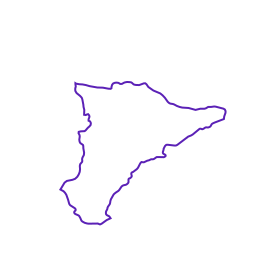 an SVG outline of Cerro Largo, rotated 327°
{"feature_id": "URY-12", "entity_name": "Cerro Largo", "entity_type": "Department", "adm_level": 1, "iso_a3": "URY", "parent_name": "Uruguay", "parent_adm1": "", "projection": "albers", "projection_center": [-54.394, -32.345], "detail": "fine", "context": "isolated", "style": "outline", "palette": "violet", "viewbox_px": 256, "rotation_deg": 327, "n_neighbors": 0, "source": "natural_earth", "source_scale": "10m", "svg_char_len": 3527}
<svg xmlns="http://www.w3.org/2000/svg" viewBox="0 0 256 256"><g transform="rotate(327 128 128)"><path d="M108.3,61.8L108.6,62.5L110.9,64.7L113.6,66.7L116.1,69.1L118.6,72.0L124.3,77.3L128.9,80.5L132.9,84.3L134.8,85.7L135.8,85.6L136.5,84.6L138.1,83.2L139.6,82.6L141.2,82.8L142.8,83.5L144.2,84.6L144.7,85.2L145.4,86.7L146.2,87.3L147.0,87.7L149.7,87.9L151.1,88.4L152.3,88.9L154.6,90.6L155.6,91.6L156.0,92.6L156.2,93.6L156.6,94.7L157.5,95.7L158.6,96.6L160.8,98.1L165.6,99.2L166.8,99.9L167.3,101.3L167.4,104.7L169.7,110.4L173.9,116.6L174.8,119.4L175.4,122.7L175.6,127.6L176.0,129.2L176.7,130.5L178.8,132.4L179.6,133.5L181.0,136.1L182.7,138.4L184.6,140.4L189.7,144.2L194.5,149.6L199.1,151.2L202.7,153.5L204.0,153.9L206.7,154.0L209.4,155.7L212.0,156.9L213.2,157.9L218.6,163.8L219.3,165.3L219.0,167.0L218.0,168.4L215.0,170.7L213.3,172.7L203.5,170.6L201.4,170.3L200.8,170.3L200.0,170.5L198.6,171.3L198.0,171.5L197.2,171.6L196.2,171.4L195.5,171.2L195.0,170.9L193.9,170.0L193.3,169.8L192.4,169.7L190.9,169.8L190.1,169.6L189.5,169.4L188.9,168.6L188.6,168.2L188.3,168.0L187.9,167.8L187.5,167.7L178.7,168.7L176.7,168.6L173.8,168.0L160.2,169.0L159.3,168.9L158.7,168.8L158.2,168.5L157.4,168.0L152.2,163.7L151.4,163.2L150.9,163.0L150.1,163.1L149.2,163.3L146.9,164.6L146.5,164.9L146.0,165.6L144.2,167.1L143.9,167.5L143.7,167.9L143.6,168.4L143.7,168.9L143.9,169.4L144.4,170.2L144.6,170.7L144.7,171.2L144.5,171.7L144.0,172.1L142.9,172.1L142.2,172.0L141.7,171.7L141.3,171.4L136.9,168.4L136.4,168.1L136.0,168.0L135.4,168.0L133.7,168.1L133.1,168.1L132.5,168.0L131.9,167.8L131.5,167.6L130.7,167.0L130.3,166.8L128.0,166.5L126.3,165.9L123.2,165.5L122.7,165.4L122.2,165.1L121.8,164.8L121.1,164.2L120.8,163.9L119.9,164.0L118.7,164.5L114.7,166.8L113.0,167.3L108.4,167.6L107.2,167.4L106.6,167.5L106.1,167.8L105.6,168.6L105.2,169.8L105.0,170.3L104.6,170.7L104.0,171.0L102.8,171.2L102.1,171.2L101.5,171.0L101.0,171.0L100.5,171.3L100.1,171.8L99.5,172.8L99.0,173.6L98.5,174.0L97.8,174.3L96.6,174.5L95.8,174.5L95.1,174.4L93.6,173.8L92.5,173.5L91.4,173.5L90.7,173.6L86.9,175.2L85.6,175.5L83.0,175.5L80.7,175.7L79.6,176.0L74.8,178.5L73.4,179.7L72.2,181.1L71.5,181.7L71.1,182.0L68.3,183.1L67.3,183.8L66.7,184.5L66.2,184.9L64.4,185.9L63.9,186.3L63.4,186.9L63.0,187.6L62.7,188.2L62.7,188.9L62.9,189.7L64.1,191.8L64.2,192.4L64.2,194.2L60.0,193.6L54.1,193.9L52.9,193.8L52.0,193.6L51.7,193.2L50.8,191.9L50.7,191.9L50.5,191.6L42.7,186.7L41.6,185.7L40.1,184.0L39.2,182.4L38.7,181.3L38.5,180.3L38.6,179.7L39.0,177.4L39.1,175.6L39.1,175.0L38.9,174.5L38.6,173.9L37.2,171.8L36.8,171.0L36.7,170.3L36.8,169.8L37.0,169.3L37.4,169.0L37.8,168.8L38.9,168.6L39.3,168.4L39.6,168.0L39.8,167.5L39.8,166.9L39.7,166.3L37.5,161.4L37.4,160.9L37.4,159.7L37.7,158.6L38.7,155.5L39.9,150.4L39.9,149.2L39.9,148.0L39.5,145.9L37.8,142.8L45.0,139.3L47.9,139.1L53.2,141.2L56.0,141.8L58.9,141.3L61.4,140.1L63.6,138.5L65.3,136.5L66.9,133.6L68.2,132.3L71.1,131.4L71.8,130.6L72.3,129.5L73.1,128.5L73.9,127.9L75.6,127.0L76.4,126.5L77.8,124.7L79.5,120.7L80.7,118.7L81.0,117.7L80.6,116.6L80.1,115.5L79.8,114.4L79.9,113.5L80.2,112.5L80.9,111.1L82.8,109.0L83.5,107.6L83.7,105.4L84.6,104.4L86.6,105.1L89.9,107.0L91.2,106.9L92.9,106.4L94.7,105.9L96.4,105.7L98.3,105.1L99.5,103.7L99.8,101.9L98.9,100.4L99.7,99.2L101.8,97.6L102.3,96.3L102.1,94.7L101.0,94.3L99.6,94.1L98.4,93.0L101.2,89.0L102.2,86.1L103.3,84.0L105.3,79.1L105.7,77.4L105.3,75.0L103.9,70.7L104.0,68.4L104.4,67.5L105.1,66.4L105.9,65.5L106.5,65.1L106.8,64.7L107.9,62.4L108.3,61.8L108.3,61.8Z" fill="none" stroke="#5b21b6" stroke-width="2"/></g></svg>